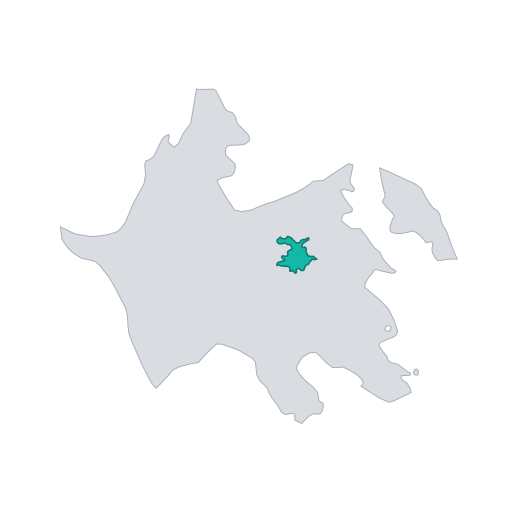 location of Agdam District, Ağdam, Azerbaijan, rotated 192°
{"feature_id": "54616110B71765796178707", "entity_name": "Agdam District", "entity_type": "district", "adm_level": 2, "iso_a3": "AZE", "parent_name": "Azerbaijan", "parent_adm1": "Ağdam", "projection": "natural_earth1", "projection_center": [47.033, 40.029], "detail": "fine", "context": "in_parent", "style": "filled", "palette": "teal", "viewbox_px": 512, "rotation_deg": 192, "n_neighbors": 0, "source": "geoboundaries", "source_scale": "gbopen_adm2", "svg_char_len": 5412}
<svg xmlns="http://www.w3.org/2000/svg" viewBox="0 0 512 512"><g transform="rotate(192 256 256)"><path d="M349.0,407.1L347.0,406.9L332.4,410.3L329.4,409.2L316.9,393.7L314.3,392.0L308.9,391.3L305.8,388.7L303.2,384.6L301.7,381.5L288.8,373.1L286.9,370.0L286.6,367.3L288.5,364.9L290.7,362.8L296.9,360.7L304.3,358.9L306.6,357.6L307.8,355.4L307.7,351.8L306.5,348.3L295.9,341.9L294.8,339.1L294.4,335.7L295.0,332.2L296.6,329.4L305.2,325.6L309.8,321.7L306.9,317.4L297.6,307.4L286.6,296.5L279.3,296.4L270.9,299.6L257.4,308.9L249.9,312.9L240.2,319.5L229.5,326.9L220.8,334.7L215.4,341.1L205.8,343.9L200.8,349.3L184.6,365.5L180.1,365.3L179.8,357.3L180.1,350.9L179.0,347.2L173.8,342.2L173.7,340.0L175.2,338.7L179.2,339.5L184.3,339.2L186.8,337.2L181.3,330.6L176.4,326.2L172.2,323.2L171.3,321.4L171.3,320.1L172.2,318.6L179.3,315.0L180.0,311.6L179.5,307.9L168.3,302.4L159.8,304.4L152.2,298.2L147.4,293.4L141.3,288.3L135.9,285.5L130.7,279.1L121.7,272.4L116.0,270.5L116.1,269.5L117.1,268.3L119.5,267.3L135.6,267.6L137.6,266.4L138.6,263.5L140.8,259.3L143.4,253.1L143.2,247.9L127.1,239.5L115.4,231.7L107.4,221.5L101.9,212.2L102.1,209.0L103.7,206.1L116.3,197.5L117.2,195.3L116.9,193.7L112.5,189.3L106.9,184.8L105.1,181.5L101.6,179.8L94.9,179.7L83.2,174.1L80.7,173.6L80.1,172.4L80.7,171.3L89.1,169.1L89.0,167.2L86.5,164.8L81.8,163.0L77.5,158.5L76.0,154.6L91.2,142.9L95.7,140.6L105.6,142.7L126.1,150.4L124.7,154.7L126.8,157.1L131.5,160.4L140.5,163.7L148.2,165.5L152.1,164.0L158.0,162.8L165.7,166.6L172.7,171.5L176.3,173.4L178.2,174.0L183.5,172.4L190.0,166.1L192.5,158.6L193.3,154.9L189.5,149.9L181.8,144.4L173.1,139.7L167.5,135.4L164.0,127.1L160.4,126.2L159.5,125.1L158.9,122.3L159.1,118.3L160.3,115.2L163.8,113.9L167.4,113.5L170.6,110.6L174.6,104.8L176.3,101.7L183.9,103.5L184.9,108.6L186.2,109.7L189.4,109.1L194.6,106.9L198.7,108.6L204.0,114.7L211.4,121.1L215.4,125.4L216.9,128.4L220.7,131.3L226.2,134.7L230.6,140.0L234.6,152.4L238.5,155.3L252.8,160.0L257.8,161.0L271.8,162.6L276.7,161.5L283.8,150.8L290.3,139.8L296.3,137.5L307.2,132.2L313.7,127.1L316.5,121.7L322.6,111.5L326.3,105.8L332.8,110.9L344.0,124.7L360.1,147.2L364.1,153.6L366.7,161.0L369.0,170.0L372.7,177.9L389.0,197.9L396.1,205.3L407.6,214.8L411.7,217.0L417.0,217.6L426.8,217.6L435.9,221.3L440.4,223.9L445.0,227.7L449.2,232.1L453.5,243.9L437.8,240.0L422.0,240.6L413.0,243.1L404.4,246.5L396.1,251.4L391.0,260.8L386.8,282.7L380.6,303.2L380.9,312.7L383.8,321.8L383.5,326.1L380.5,327.9L376.9,331.8L372.1,350.6L369.7,354.4L366.6,356.7L365.7,354.5L365.8,349.5L358.9,345.2L355.2,350.1L352.8,360.4L347.8,371.3L347.5,373.4L349.0,407.1ZM114.3,214.1L115.0,211.2L113.1,209.9L111.0,209.8L109.2,211.3L109.1,214.9L111.6,215.6L114.3,214.1ZM61.9,299.5L59.5,296.4L58.5,294.8L65.5,293.4L77.1,289.3L80.3,291.3L83.7,295.4L85.3,298.9L85.6,305.5L87.0,306.5L92.7,304.3L95.2,307.0L99.5,310.1L107.1,313.3L118.0,308.4L123.4,307.1L127.9,307.2L130.3,308.7L131.1,313.8L130.2,320.1L128.9,323.5L131.2,326.0L140.1,332.1L143.8,335.5L142.0,341.3L148.6,355.5L150.8,361.0L153.4,367.9L139.8,365.2L115.2,359.5L108.4,356.5L102.1,348.6L98.3,344.7L92.7,339.8L88.1,338.0L84.6,334.5L82.6,329.5L79.7,324.9L74.7,319.6L63.4,301.4L61.9,299.5ZM77.4,177.8L75.8,178.8L73.5,177.8L72.8,175.6L73.0,173.2L75.4,172.7L77.2,173.3L77.7,175.5L77.4,177.8Z" fill="#d9dde1" stroke="#a8b0b8" stroke-width="1"/><path d="M225.5,251.9L224.8,252.2L223.7,252.3L222.9,252.4L221.3,252.2L220.5,251.5L220.1,250.1L220.1,249.4L219.7,248.3L218.5,248.3L217.8,248.8L217.0,249.3L215.9,248.9L215.4,248.1L214.4,247.5L213.7,247.5L213.2,247.8L213.1,248.7L213.4,249.5L213.8,250.6L213.8,251.1L213.5,251.6L213.2,251.9L212.2,252.4L210.9,252.5L209.8,251.9L209.0,251.3L207.9,251.2L206.9,251.8L206.3,252.4L206.0,253.5L206.0,254.8L205.8,255.7L205.4,256.6L205.2,257.4L204.7,257.7L203.7,258.4L203.0,258.9L202.5,260.3L202.3,261.2L202.0,262.1L201.5,262.7L201.1,262.8L201.1,263.2L200.9,263.8L200.3,264.3L199.4,264.5L198.8,264.6L197.8,264.7L196.4,265.5L196.1,265.7L196.6,266.0L198.1,266.7L198.9,267.0L199.8,267.6L200.8,267.4L202.1,267.0L204.1,266.9L205.1,266.9L205.9,268.2L206.5,268.8L207.4,269.7L208.0,270.6L208.2,272.1L208.3,273.3L209.0,274.4L210.2,274.9L211.1,274.2L212.0,273.9L213.1,274.9L213.2,276.1L212.6,278.0L212.2,278.8L211.4,279.4L210.9,280.0L210.7,280.3L210.5,280.5L209.7,281.3L209.0,281.9L208.0,282.6L208.0,283.4L208.0,284.4L208.1,284.5L208.9,284.5L209.9,283.8L210.5,283.0L211.3,282.5L212.7,282.0L213.8,281.7L214.4,281.3L215.4,280.4L215.6,279.5L216.2,278.3L217.0,277.7L218.5,277.4L219.7,277.3L221.5,278.6L221.9,278.9L223.4,279.5L224.3,280.4L225.4,281.0L226.6,281.4L227.8,281.8L229.3,281.7L229.8,280.6L230.1,279.6L230.5,279.2L231.8,278.8L233.4,278.4L233.9,278.4L234.8,278.8L235.4,279.2L236.2,279.4L236.4,278.9L237.3,277.9L238.1,276.9L238.3,276.5L238.7,275.8L238.4,274.4L237.7,273.6L236.7,273.1L236.0,272.8L235.2,272.8L233.6,273.2L232.6,273.6L231.5,274.5L230.1,274.7L229.1,274.4L228.3,274.0L227.3,273.8L226.1,274.0L224.6,274.0L223.8,273.3L223.1,272.4L222.5,270.9L222.5,270.1L223.3,269.3L224.1,268.9L224.6,268.4L225.7,267.3L226.0,266.1L225.2,264.6L225.2,263.9L225.2,263.1L225.6,262.5L227.2,261.8L227.9,261.7L230.2,261.7L230.7,260.6L230.5,259.6L229.0,259.0L227.2,258.3L227.0,257.7L227.5,257.2L229.2,256.5L230.2,255.8L231.5,255.1L232.3,254.7L233.1,254.1L233.7,253.2L233.9,252.5L233.4,251.2L232.9,251.6L232.0,251.8L230.9,251.8L230.0,251.5L228.6,251.6L227.8,251.7L226.3,252.4L225.5,252.0L225.5,251.9Z" fill="#14b8a6" stroke="#0f766e" stroke-width="1.5"/></g></svg>